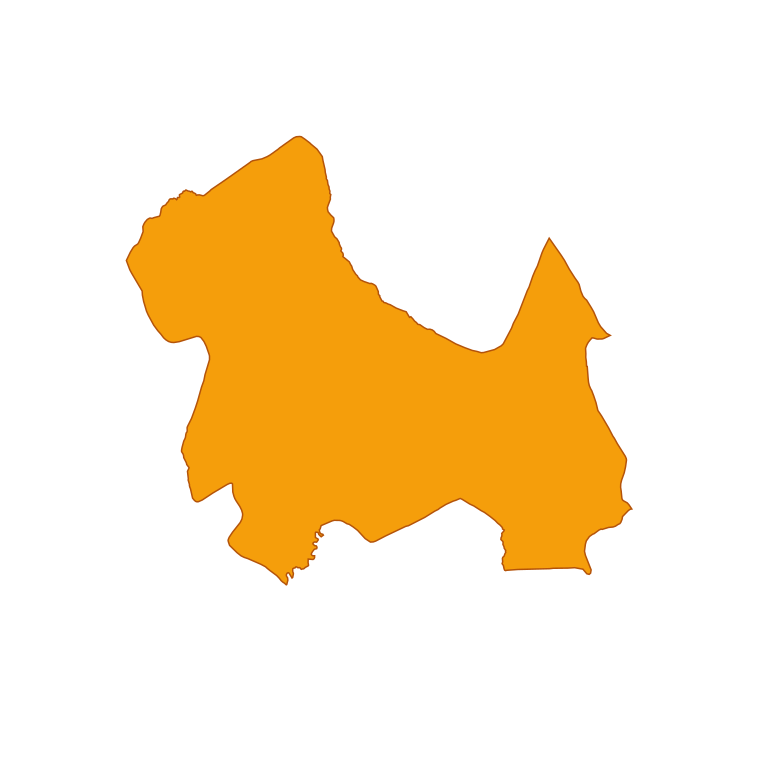 Prasat Ballangk, Kâmpóng Thum, Cambodia, rotated 332°
{"feature_id": "14789045B6687253744380", "entity_name": "Prasat Ballangk", "entity_type": "district", "adm_level": 2, "iso_a3": "KHM", "parent_name": "Cambodia", "parent_adm1": "Kâmpóng Thum", "projection": "robinson", "projection_center": [104.812, 13.075], "detail": "fine", "context": "isolated", "style": "filled", "palette": "amber", "viewbox_px": 768, "rotation_deg": 332, "n_neighbors": 0, "source": "geoboundaries", "source_scale": "gbopen_adm2", "svg_char_len": 6171}
<svg xmlns="http://www.w3.org/2000/svg" viewBox="0 0 768 768"><g transform="rotate(332 384 384)"><path d="M544.1,610.7L543.6,605.8L543.0,603.2L540.8,599.8L540.2,598.5L540.3,596.8L543.1,590.0L544.4,586.3L546.2,583.2L548.6,580.5L554.5,575.1L558.4,570.5L562.4,565.0L562.9,563.5L563.1,561.1L562.0,546.3L561.9,540.1L561.6,537.4L561.7,528.1L561.1,514.4L560.4,507.8L562.4,500.1L563.6,492.9L564.3,487.3L564.2,485.5L564.5,481.9L565.4,478.5L567.0,474.6L571.7,463.9L571.2,463.4L573.1,459.4L574.7,455.1L576.4,452.1L578.2,448.2L578.9,446.9L581.6,444.6L583.9,443.1L587.6,441.5L588.7,441.3L589.4,440.9L590.4,441.6L593.3,444.4L597.9,446.7L599.6,447.0L606.6,447.3L604.3,443.8L602.2,435.0L602.0,430.5L603.0,418.8L602.9,414.4L602.3,405.1L601.4,402.7L600.9,399.9L601.4,394.5L603.0,387.8L603.0,385.0L602.3,379.7L601.5,369.6L601.4,359.7L600.9,353.9L598.3,332.8L588.0,340.0L584.9,342.5L574.9,351.8L570.3,355.1L565.8,358.8L557.5,366.6L554.4,368.8L535.2,385.4L526.7,391.2L522.8,394.6L508.2,404.5L505.5,405.3L497.8,405.5L486.8,403.0L484.5,402.0L481.5,399.0L477.7,395.8L472.5,390.0L466.2,382.3L460.2,372.9L453.5,363.8L453.0,361.0L452.0,358.9L450.3,357.2L448.0,356.1L445.9,353.1L443.5,348.4L441.9,347.2L441.5,345.0L440.5,342.7L440.1,340.1L439.3,337.2L437.8,337.1L437.5,330.6L435.0,328.1L430.4,322.7L426.7,316.9L425.2,315.4L423.9,313.5L422.1,311.9L422.0,310.4L421.2,309.8L421.2,304.8L421.7,304.3L421.2,302.2L422.4,299.6L422.8,293.8L422.3,292.4L421.0,290.3L419.8,289.0L418.8,288.8L414.5,284.2L412.1,281.0L411.2,277.4L411.3,276.0L410.6,273.9L410.1,268.3L410.8,264.7L410.6,262.7L410.7,259.9L407.5,252.2L408.5,251.2L409.1,249.3L408.4,246.2L409.5,245.4L410.2,244.1L410.0,242.5L410.3,239.4L410.8,238.1L410.6,233.7L409.5,230.8L409.4,224.3L411.0,221.8L415.1,218.1L416.3,216.7L417.2,214.9L417.6,213.6L416.3,209.7L415.5,205.7L416.0,203.7L416.8,201.7L418.2,200.3L423.4,195.7L424.3,193.8L426.0,191.7L425.5,190.4L426.8,188.3L427.1,186.1L428.0,184.1L428.2,181.5L429.6,177.7L429.4,175.7L430.3,174.2L431.5,169.6L432.6,167.0L435.1,157.7L436.3,154.2L435.1,145.2L432.1,137.8L431.8,136.7L429.1,130.7L427.1,126.9L425.8,125.9L422.6,124.5L419.8,124.3L402.8,126.5L400.7,127.0L390.9,128.3L387.5,128.4L381.9,127.9L373.2,125.3L371.0,125.1L370.1,125.4L340.5,129.2L322.6,131.2L320.8,131.8L313.9,133.1L312.5,132.8L309.9,130.4L307.8,129.4L307.1,129.4L306.8,128.8L307.0,127.6L305.8,125.9L305.3,125.5L305.2,124.1L304.9,123.6L303.6,123.7L302.9,122.6L301.7,121.7L300.2,119.7L298.2,120.1L297.5,119.6L296.9,119.8L295.8,120.8L292.7,120.8L292.1,121.0L291.4,123.0L290.7,123.1L289.2,122.4L288.0,123.7L287.4,123.9L286.9,122.6L286.2,121.7L285.3,121.2L284.5,121.5L282.7,120.4L281.8,120.2L280.8,120.5L279.5,121.6L277.3,122.3L275.3,123.4L272.3,123.2L270.9,123.8L269.5,124.8L267.6,127.4L265.6,129.7L264.5,130.4L259.0,129.1L257.0,128.9L255.3,127.6L254.3,127.5L252.2,127.6L248.9,128.9L247.0,130.1L244.9,131.9L242.9,136.3L237.5,141.1L233.7,144.0L232.2,144.8L228.5,145.1L226.5,145.8L221.8,148.6L214.5,154.0L213.2,163.7L213.2,167.6L214.1,188.4L212.4,192.1L210.5,198.4L208.5,208.2L208.2,212.6L208.3,223.9L209.3,230.7L210.4,235.3L211.1,239.7L212.1,242.5L213.7,245.3L215.7,247.3L217.9,248.7L223.1,250.5L240.8,253.9L242.7,255.1L243.3,255.7L244.2,257.1L245.0,262.0L244.8,267.2L243.5,275.6L243.1,277.3L241.3,280.7L230.4,291.7L226.5,296.5L221.5,301.0L211.6,311.4L206.0,316.8L197.8,324.1L190.5,329.3L189.6,330.2L188.4,332.7L187.6,333.8L186.6,334.2L185.5,335.3L183.7,337.8L182.5,338.9L180.4,340.4L176.0,345.1L174.1,347.5L173.5,348.8L173.7,351.4L173.4,353.2L172.6,355.0L172.5,360.8L172.0,362.5L172.6,366.2L172.1,366.9L169.5,368.8L166.7,375.9L166.0,376.8L165.1,381.2L164.5,382.4L164.1,383.9L164.0,385.4L161.4,394.9L161.9,397.5L162.5,399.1L163.4,400.1L164.8,400.8L169.1,401.1L181.6,399.9L198.4,399.1L201.4,399.3L203.0,400.1L203.3,401.1L199.8,408.4L198.8,412.7L198.5,415.2L198.6,418.1L199.2,424.4L199.1,428.4L198.4,431.7L197.7,433.3L195.2,436.5L192.0,438.8L180.6,443.8L175.6,446.5L174.5,447.3L173.0,448.7L172.5,450.2L171.9,454.0L175.0,463.8L177.1,468.6L179.2,471.5L181.7,474.1L190.6,485.3L193.6,489.8L194.4,492.1L195.7,495.1L199.3,502.7L200.3,506.2L200.9,509.5L201.8,511.8L202.6,513.1L203.4,515.4L204.0,515.4L207.0,512.1L207.9,509.8L207.7,508.1L207.9,507.2L208.4,506.4L209.5,505.6L210.7,505.6L211.2,506.0L211.4,506.9L211.7,512.1L212.6,511.9L214.8,509.2L215.2,508.4L215.2,507.4L215.6,506.2L216.7,504.3L217.8,504.2L219.1,504.6L220.1,504.1L220.9,504.4L221.8,505.9L222.8,506.2L223.6,506.9L223.7,508.0L224.0,508.8L225.5,509.1L226.3,509.5L228.4,509.0L231.6,509.0L232.3,508.6L233.2,505.9L234.9,503.0L238.9,505.6L240.1,505.5L241.2,504.7L242.1,503.1L240.6,502.3L240.0,501.6L239.8,500.3L240.6,499.4L242.2,498.4L244.9,497.2L247.2,497.8L248.0,497.1L248.3,496.0L248.2,495.1L246.9,494.2L246.2,492.0L246.5,491.2L248.0,490.8L248.7,491.0L250.3,492.0L252.7,490.8L253.0,490.0L251.4,487.3L253.6,483.1L254.3,482.8L255.5,483.6L256.1,484.4L255.8,485.9L256.0,487.1L256.8,489.4L259.5,489.0L259.4,487.9L258.2,486.9L257.6,485.3L257.9,483.8L258.5,482.3L259.6,482.0L261.3,480.2L262.1,479.5L263.3,479.6L273.8,480.5L276.1,481.0L280.9,483.7L282.0,484.6L283.4,486.2L285.7,490.0L287.4,491.6L289.7,495.8L292.0,500.9L294.8,511.7L297.8,517.2L300.4,518.4L303.0,518.8L314.1,518.9L336.4,519.9L339.1,520.6L357.4,520.9L369.2,520.1L372.9,520.2L375.2,519.8L382.3,519.4L390.2,519.9L392.8,520.4L397.5,520.8L398.8,522.4L403.4,530.3L406.1,533.9L410.3,541.4L412.4,544.5L415.4,550.6L418.0,556.6L419.0,560.1L420.3,563.2L421.1,566.4L420.6,567.7L421.6,569.4L421.0,570.0L417.8,571.2L417.4,572.4L416.5,573.7L415.1,574.8L414.2,576.2L415.0,578.8L414.8,579.7L413.7,581.5L413.6,583.8L413.0,585.7L413.4,588.0L412.9,588.3L412.4,589.9L411.4,590.4L409.0,592.5L407.5,592.8L406.6,593.7L405.3,596.7L403.9,598.1L404.2,600.3L403.3,603.4L403.1,605.0L403.8,605.9L404.9,606.1L415.1,610.6L443.5,624.8L447.0,626.2L460.2,633.0L466.1,635.7L472.7,640.9L474.0,646.8L475.8,648.4L477.6,648.0L479.6,645.4L481.4,629.9L482.5,625.8L486.7,619.9L489.0,617.5L493.8,615.1L497.6,614.6L499.3,614.8L505.2,613.9L507.5,614.0L508.4,614.8L515.0,616.1L519.1,617.8L521.7,618.2L524.6,617.9L526.7,618.0L528.2,617.3L529.5,616.2L530.8,615.1L532.3,613.1L532.8,612.9L540.5,610.4L542.6,610.2L544.1,610.7Z" fill="#f59e0b" stroke="#b45309" stroke-width="1.5"/></g></svg>